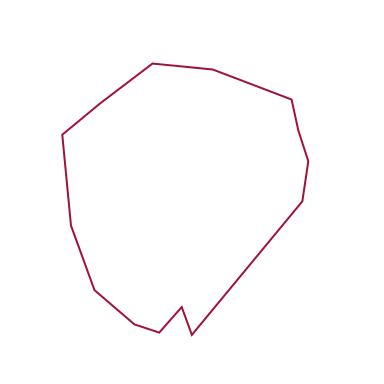 the border of Saint David, rotated 340°
{"feature_id": "GRD-5071", "entity_name": "Saint David", "entity_type": "Parish", "adm_level": 1, "iso_a3": "GRD", "parent_name": "Grenada", "parent_adm1": "", "projection": "robinson", "projection_center": [-61.661, 12.056], "detail": "fine", "context": "isolated", "style": "outline", "palette": "rose", "viewbox_px": 384, "rotation_deg": 340, "n_neighbors": 0, "source": "natural_earth", "source_scale": "10m", "svg_char_len": 338}
<svg xmlns="http://www.w3.org/2000/svg" viewBox="0 0 384 384"><g transform="rotate(340 192 192)"><path d="M317.2,139.2L313.0,170.3L311.8,202.9L292.5,238.5L143.0,326.2L143.0,296.6L113.1,312.9L92.6,296.7L66.8,250.9L66.8,182.1L89.7,93.8L135.7,77.4L198.8,57.8L253.4,84.0L317.2,139.2Z" fill="none" stroke="#9f1239" stroke-width="2"/></g></svg>